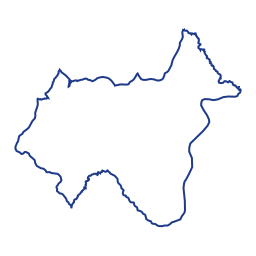 Paya, Boyacá, Colombia
{"feature_id": "7082276B35897669822382", "entity_name": "Paya", "entity_type": "district", "adm_level": 2, "iso_a3": "COL", "parent_name": "Colombia", "parent_adm1": "Boyacá", "projection": "albers", "projection_center": [-72.391, 5.626], "detail": "fine", "context": "isolated", "style": "outline", "palette": "blue", "viewbox_px": 256, "rotation_deg": 0, "n_neighbors": 0, "source": "geoboundaries", "source_scale": "gbopen_adm2", "svg_char_len": 5630}
<svg xmlns="http://www.w3.org/2000/svg" viewBox="0 0 256 256"><path d="M71.3,208.2L71.5,207.6L71.8,205.4L72.2,204.5L73.3,202.8L74.1,202.0L73.9,201.5L74.3,199.8L74.8,199.4L75.3,199.4L75.6,199.1L76.1,199.1L76.6,198.8L77.2,197.8L77.2,197.3L77.9,196.6L77.9,195.4L80.3,193.6L80.8,192.4L81.7,191.7L82.1,191.6L82.0,190.9L83.8,189.5L84.4,188.4L84.2,187.5L84.7,187.4L85.3,188.4L85.7,188.5L85.8,188.0L85.3,187.1L85.5,186.9L85.4,186.0L85.9,185.2L85.6,184.6L86.0,184.2L86.1,183.6L85.7,182.3L85.7,181.5L86.3,181.1L87.6,181.0L88.2,180.3L88.7,180.1L89.0,179.7L88.9,179.0L88.1,178.9L87.8,178.5L88.0,177.2L88.7,176.7L89.2,175.8L90.8,175.7L91.6,174.6L92.6,174.5L94.0,173.8L95.3,173.7L95.9,174.1L96.7,174.3L97.0,174.7L97.5,175.0L97.8,174.5L98.0,173.7L97.5,173.1L98.1,172.2L98.7,172.2L100.3,173.4L101.0,172.2L101.9,172.0L102.0,171.0L102.2,170.6L102.6,170.6L105.3,171.8L106.2,171.6L106.9,171.1L107.1,170.6L107.4,170.4L107.8,170.6L108.2,171.4L109.9,172.6L110.0,173.1L110.5,173.7L112.0,174.3L112.8,174.9L114.4,175.5L117.2,178.4L117.7,179.7L117.6,180.7L117.8,182.1L118.7,183.5L119.8,184.4L120.8,185.7L121.2,186.6L121.4,188.2L123.5,190.1L123.6,190.5L123.1,191.4L122.8,193.4L123.2,194.5L123.6,195.1L124.1,195.4L125.7,195.6L126.4,197.0L128.4,197.9L129.4,200.6L130.5,202.1L131.6,202.4L133.3,202.4L133.8,202.6L134.0,203.1L134.1,204.4L134.7,205.8L137.1,207.5L137.5,209.7L137.7,210.4L139.2,210.7L141.4,211.6L142.2,212.3L143.1,213.8L144.9,214.6L145.4,215.2L145.6,216.7L146.0,217.3L146.1,218.8L148.1,220.4L151.0,221.4L151.7,223.1L152.0,223.4L152.8,223.7L155.5,224.1L157.9,225.8L159.4,226.1L161.9,226.2L164.5,225.5L167.6,225.5L169.6,224.4L172.3,222.1L173.3,222.0L180.3,219.4L181.8,216.3L184.5,212.6L185.0,210.1L184.8,200.5L183.5,188.0L184.1,183.3L184.7,181.3L186.0,179.6L189.2,173.5L192.2,167.1L191.9,158.0L189.2,151.6L189.3,147.5L190.4,143.4L203.1,131.0L207.6,125.7L209.3,122.1L208.9,119.3L207.0,115.2L203.9,110.5L201.2,105.6L201.3,102.5L202.1,100.3L204.5,99.1L209.2,99.3L213.3,100.1L217.8,99.4L223.4,97.1L228.3,96.5L235.3,96.7L237.2,96.1L238.3,94.0L240.2,92.4L240.6,90.2L240.6,89.7L240.3,89.4L240.0,89.5L239.4,90.0L239.2,90.0L238.5,88.9L238.1,88.6L238.7,87.8L238.9,87.0L238.5,87.0L237.6,87.6L236.7,87.4L235.6,85.6L235.3,85.5L234.5,85.6L234.1,85.0L233.1,84.8L232.8,84.2L232.6,82.8L231.9,82.2L230.9,82.1L229.7,81.1L229.4,81.0L228.8,81.8L228.3,82.3L227.7,82.2L226.5,81.4L224.5,81.2L223.1,82.8L220.8,83.1L219.2,82.8L218.8,82.1L218.6,81.2L219.1,80.6L219.5,79.2L219.9,78.9L220.6,78.7L220.8,78.4L220.8,78.0L220.3,77.4L220.8,76.2L220.5,75.0L220.3,74.6L218.9,74.0L218.3,73.5L217.6,72.8L217.4,71.6L215.9,71.0L215.5,69.9L214.1,69.1L213.8,68.5L213.8,67.1L213.5,66.2L213.1,65.8L212.0,65.8L211.6,65.3L211.8,64.6L211.4,63.9L210.1,63.1L210.7,62.1L209.7,61.5L209.7,60.1L209.6,59.6L208.8,59.2L208.2,58.5L207.3,58.4L206.9,58.2L206.7,57.6L207.1,56.2L206.3,55.6L204.5,52.8L204.8,51.8L204.1,51.3L203.9,50.9L204.3,50.2L204.3,49.6L203.8,49.4L202.8,49.7L201.6,49.2L201.0,49.2L200.7,49.3L200.4,50.1L200.0,49.2L198.4,47.9L198.4,46.7L198.7,46.0L200.4,44.8L200.5,44.3L200.0,43.9L198.9,43.4L198.3,42.8L198.9,40.7L198.7,38.7L198.1,38.5L197.7,37.6L197.2,37.3L197.0,36.6L196.1,35.7L196.1,35.1L195.2,34.5L195.8,33.8L195.7,33.5L195.0,33.3L194.5,33.8L193.8,33.9L192.5,33.5L192.2,33.9L191.8,33.9L191.5,34.5L191.3,34.3L191.4,33.6L191.2,33.3L189.3,33.3L188.9,32.9L188.7,33.0L188.4,32.9L188.1,32.0L186.9,30.7L185.1,30.7L184.3,30.4L184.2,29.8L183.8,30.1L183.1,29.9L183.0,30.5L182.3,32.2L182.8,36.6L182.6,37.8L181.8,39.6L180.1,42.4L179.8,43.3L179.8,45.5L178.5,49.4L178.1,49.8L177.6,51.1L174.0,57.4L172.5,60.6L171.3,65.5L170.2,67.4L169.0,69.8L168.3,71.0L167.1,72.1L165.3,73.0L164.6,73.7L164.5,75.1L163.4,77.8L162.5,79.1L161.2,79.9L158.8,80.5L157.8,80.5L155.8,80.1L154.1,79.4L150.7,79.0L147.5,79.5L146.4,79.9L142.8,79.8L141.1,79.0L140.3,78.0L138.6,75.4L137.6,73.5L136.7,74.4L135.7,76.5L133.7,79.5L131.8,81.0L130.4,81.7L129.7,82.3L128.8,83.9L127.8,84.5L124.9,84.6L122.3,84.4L120.0,84.5L114.9,85.6L114.7,85.0L112.0,81.4L111.1,80.4L109.2,78.7L106.9,77.7L103.2,77.0L100.4,77.3L97.4,78.1L96.0,79.3L94.6,80.2L93.5,80.8L92.2,81.2L90.3,80.1L89.3,80.1L88.7,79.8L88.1,79.8L87.7,79.4L86.5,78.6L84.4,78.8L82.6,79.6L80.5,79.9L79.1,80.5L77.8,80.6L77.3,81.1L76.5,80.5L75.3,80.4L72.6,81.3L71.1,81.0L70.9,81.2L71.0,82.3L70.2,83.1L70.0,83.7L69.6,84.1L69.6,85.6L69.3,85.8L69.2,86.2L68.6,86.6L68.6,86.0L69.1,85.4L68.9,84.3L69.5,82.4L69.2,81.8L69.4,81.3L69.3,80.8L69.9,80.0L69.9,79.8L66.0,75.6L61.3,72.1L61.1,71.4L59.8,69.9L59.7,70.3L58.9,70.9L58.7,71.4L58.5,73.7L57.8,74.4L57.4,75.6L56.3,76.7L55.6,77.8L55.2,78.1L54.2,79.1L53.6,81.5L52.8,82.4L52.7,84.2L52.0,85.4L51.5,87.5L50.2,88.7L49.3,90.3L48.2,91.6L46.5,92.8L45.7,93.1L45.4,93.7L45.6,94.6L46.8,95.8L47.2,96.7L48.0,97.6L48.3,98.2L47.3,98.0L46.8,98.1L46.7,98.4L46.3,98.7L44.7,98.5L44.2,98.8L43.8,98.7L41.2,99.7L40.4,99.1L39.4,99.4L38.5,98.9L37.9,98.7L37.6,99.0L37.5,99.9L37.8,103.8L37.6,105.6L35.2,112.9L35.4,115.7L34.9,118.3L32.4,121.0L28.9,127.5L26.7,129.5L23.5,131.8L22.5,133.7L20.4,135.1L19.1,136.3L18.0,141.5L17.0,142.9L15.4,147.0L15.5,148.9L16.6,151.0L19.9,152.5L21.4,154.0L23.2,153.6L24.6,152.1L25.2,151.9L26.5,152.2L27.5,152.9L28.6,153.3L29.0,153.7L29.2,154.6L29.8,155.8L34.5,159.9L34.9,161.0L35.3,163.3L36.9,166.0L40.9,168.2L43.5,168.7L45.4,170.2L45.9,170.8L46.1,171.7L46.4,172.0L47.4,172.3L49.5,172.1L50.2,172.3L51.2,173.0L57.4,173.8L57.9,174.0L60.0,176.0L60.6,176.8L61.4,180.2L61.1,181.0L60.6,181.8L58.5,183.7L57.8,185.0L56.6,186.5L56.5,187.7L57.2,188.9L57.0,190.3L57.1,191.2L58.6,192.3L59.5,193.3L61.6,193.7L62.7,194.3L66.1,198.6L66.9,201.2L68.3,202.2L69.2,204.1L70.3,204.7L70.8,205.4L71.2,206.2L71.3,208.2Z" fill="none" stroke="#1e3a8a" stroke-width="2"/></svg>